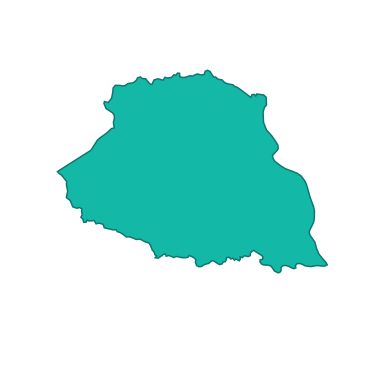 outline of Capão do Leão, Rio Grande do Sul, Brazil, rotated 330°
{"feature_id": "56859067B74187355955260", "entity_name": "Capão do Leão", "entity_type": "district", "adm_level": 2, "iso_a3": "BRA", "parent_name": "Brazil", "parent_adm1": "Rio Grande do Sul", "projection": "equal_earth", "projection_center": [-52.541, -31.849], "detail": "fine", "context": "isolated", "style": "filled", "palette": "teal", "viewbox_px": 384, "rotation_deg": 330, "n_neighbors": 0, "source": "geoboundaries", "source_scale": "gbopen_adm2", "svg_char_len": 2982}
<svg xmlns="http://www.w3.org/2000/svg" viewBox="0 0 384 384"><g transform="rotate(330 192 192)"><path d="M272.7,322.7L272.8,320.2L271.9,315.8L270.9,309.5L271.6,303.2L273.3,297.1L272.6,288.0L273.3,285.7L274.8,284.0L282.0,279.2L284.8,275.9L288.5,269.8L289.9,265.7L291.6,255.8L294.9,242.6L295.2,238.5L294.9,236.1L294.5,232.7L292.4,228.2L284.2,218.1L281.4,212.6L279.0,206.5L279.1,202.4L280.3,200.4L287.0,198.4L288.5,197.3L289.8,194.3L289.7,189.6L289.1,183.0L287.5,175.5L288.7,167.6L293.6,158.2L297.1,154.9L300.0,153.9L303.6,147.0L302.6,143.8L297.1,139.5L295.2,140.8L294.7,138.5L292.5,137.7L290.3,139.6L285.2,127.5L283.2,123.4L281.8,122.2L281.1,119.7L278.6,117.5L275.9,115.0L274.9,113.2L274.0,109.8L271.9,108.2L270.5,106.5L270.1,104.3L268.4,103.4L268.0,101.2L267.9,96.7L266.4,94.4L263.8,94.0L261.2,96.3L258.2,95.2L256.0,92.6L252.3,91.9L250.5,92.0L248.5,90.3L244.6,89.6L242.0,88.7L239.0,86.2L240.6,83.0L238.9,81.8L236.4,82.8L235.0,81.4L231.5,82.5L227.4,80.8L226.0,79.2L222.9,80.7L219.1,77.0L215.5,76.0L213.8,76.8L211.1,78.9L209.6,77.4L209.0,74.1L208.5,70.8L205.6,68.8L204.9,66.6L202.0,65.9L199.8,67.3L196.0,68.2L190.9,66.1L187.5,66.4L184.5,65.3L183.1,63.8L178.9,61.3L175.7,62.5L173.4,65.8L169.4,70.4L167.5,71.3L164.1,72.6L161.4,69.9L160.0,71.3L159.3,76.9L162.7,83.5L163.1,86.6L161.4,89.7L158.7,92.4L156.7,97.6L154.0,96.8L147.0,98.4L142.5,98.8L138.8,99.2L136.0,99.8L125.4,105.3L85.7,107.0L86.1,109.6L87.5,112.2L88.7,120.2L86.9,122.9L84.8,129.0L80.4,134.0L82.3,138.5L81.3,145.2L84.4,148.7L86.4,148.9L88.2,151.2L86.8,153.4L85.4,156.9L83.2,158.3L83.9,161.3L83.0,163.9L85.3,165.2L86.9,163.9L88.7,165.8L90.7,166.8L93.0,167.7L93.0,171.6L96.0,172.5L98.9,175.6L98.1,179.1L100.7,181.5L104.7,185.3L107.3,186.6L107.5,189.0L109.6,191.3L111.5,195.0L112.5,197.9L115.9,199.9L120.2,205.4L123.4,206.7L126.4,211.6L129.2,214.6L129.3,217.6L128.6,222.3L129.2,225.4L128.5,227.7L129.5,229.7L127.2,230.5L129.8,232.4L133.6,232.1L136.0,231.8L137.9,232.5L137.6,234.7L140.3,235.5L141.9,237.4L143.4,239.6L145.3,239.7L147.0,240.5L148.6,242.2L151.0,244.2L153.7,245.8L155.8,246.5L157.7,245.6L159.4,247.6L160.6,249.5L161.6,252.6L159.9,254.4L159.2,258.0L160.8,260.3L163.0,261.3L165.8,261.0L168.2,261.4L170.6,262.2L172.9,261.8L174.9,261.5L176.5,262.8L177.9,265.7L179.5,268.6L182.1,269.3L184.3,268.2L186.0,269.0L188.0,267.7L189.2,266.1L191.4,267.0L192.1,269.4L194.3,269.8L194.7,272.3L196.4,271.9L197.5,273.6L198.6,275.2L200.3,274.2L201.3,272.2L202.6,274.0L205.5,273.4L208.3,276.0L210.6,276.2L212.1,274.1L214.3,273.3L216.2,273.4L217.6,276.0L218.9,278.7L220.2,280.9L221.0,283.3L219.6,285.6L217.2,284.7L215.9,286.4L216.2,288.9L217.3,290.7L219.3,292.2L221.5,293.4L223.3,295.6L223.7,298.5L223.9,301.6L226.1,305.0L227.8,305.5L229.7,304.8L231.2,302.0L233.8,301.1L236.9,302.8L239.0,305.3L240.7,308.0L242.0,309.4L244.0,309.6L245.0,307.2L247.4,306.6L249.8,308.0L251.2,309.5L253.0,312.4L255.6,314.6L257.7,316.0L261.4,317.4L264.2,318.6L266.9,320.7L269.9,322.5L272.7,322.7Z" fill="#14b8a6" stroke="#0f766e" stroke-width="1.5"/></g></svg>